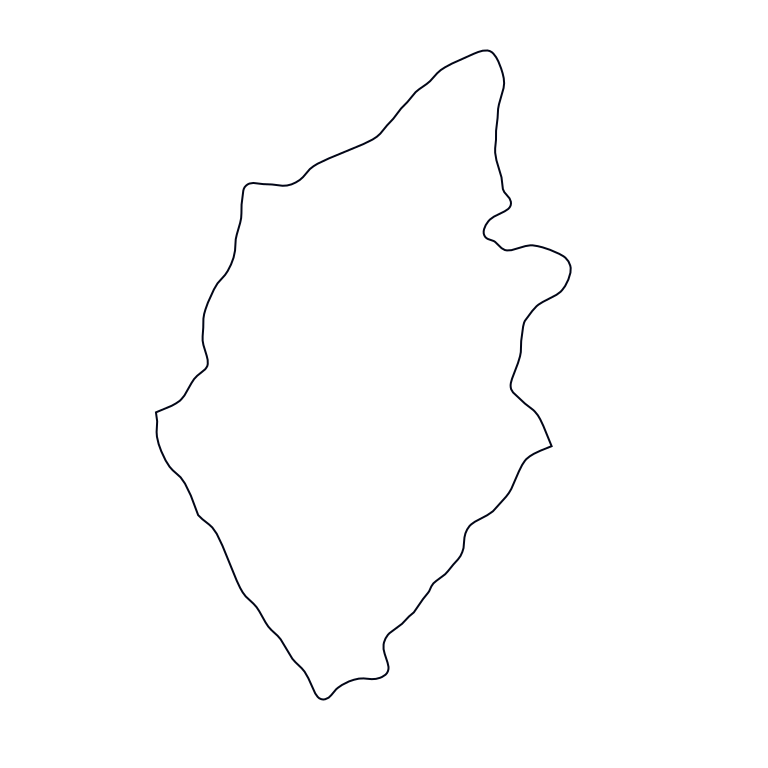 outline of Quisquella, San Pedro de Macorís, Dominican Republic, rotated 67°
{"feature_id": "3306468B80132338687245", "entity_name": "Quisquella", "entity_type": "district", "adm_level": 2, "iso_a3": "DOM", "parent_name": "Dominican Republic", "parent_adm1": "San Pedro de Macorís", "projection": "orthographic", "projection_center": [-69.415, 18.546], "detail": "fine", "context": "isolated", "style": "outline", "palette": "ink", "viewbox_px": 768, "rotation_deg": 67, "n_neighbors": 0, "source": "geoboundaries", "source_scale": "gbopen_adm2", "svg_char_len": 3321}
<svg xmlns="http://www.w3.org/2000/svg" viewBox="0 0 768 768"><g transform="rotate(67 384 384)"><path d="M506.7,254.0L484.8,253.7L477.5,254.0L472.9,254.6L468.4,255.9L466.4,256.7L457.1,261.9L442.2,268.5L438.5,269.0L436.4,268.6L434.5,267.9L432.6,266.8L429.2,264.1L417.1,252.5L411.7,248.0L408.1,245.6L398.0,240.9L385.5,233.5L382.3,231.1L380.9,229.6L374.7,219.0L372.0,213.2L371.3,210.8L370.5,205.7L369.3,190.4L368.1,185.4L367.1,183.2L364.6,179.0L359.9,173.5L354.4,168.9L350.1,166.8L347.8,166.3L343.2,166.3L338.6,167.7L336.5,168.9L332.6,171.9L325.3,178.8L320.2,184.6L317.2,188.6L314.5,192.9L313.5,195.2L312.3,200.0L310.6,214.4L309.1,218.6L307.9,220.4L304.9,222.7L296.6,226.2L295.3,227.1L291.2,231.6L289.9,232.6L288.4,233.3L286.5,233.6L284.4,233.4L282.4,232.6L280.6,231.4L277.5,228.3L275.0,224.4L274.0,222.2L272.9,217.4L272.2,205.5L271.4,201.2L270.5,199.3L269.2,197.7L267.5,196.6L265.8,196.0L262.2,195.9L254.4,198.3L251.0,198.4L239.7,195.1L222.0,193.1L214.5,191.3L210.5,189.6L203.0,185.5L194.7,181.9L183.5,175.5L175.4,171.5L171.5,168.9L158.3,158.3L154.1,155.9L149.3,154.3L144.3,153.4L139.3,152.9L131.8,152.7L127.1,153.1L122.7,154.2L120.7,155.1L118.8,156.6L117.4,158.5L115.8,162.8L115.2,167.5L115.1,172.5L115.6,196.2L116.3,204.0L117.2,209.1L118.7,213.6L123.2,223.2L124.5,227.5L126.4,236.5L127.7,240.9L133.6,252.3L137.1,260.7L143.5,271.9L147.1,280.1L152.1,289.6L153.6,294.0L154.5,299.0L155.1,309.4L154.8,346.5L155.3,359.1L156.0,363.8L157.2,368.3L161.9,377.7L163.3,381.9L164.0,386.5L164.1,391.1L163.4,395.7L161.9,399.9L156.6,409.1L152.8,417.1L147.9,425.7L146.9,429.6L147.0,431.6L147.5,433.5L148.4,435.4L149.7,436.9L151.1,438.0L163.2,445.0L171.3,448.6L175.5,450.7L179.4,453.4L188.9,461.1L192.8,463.9L203.0,469.0L208.9,473.1L214.2,478.1L218.9,483.7L221.5,487.7L226.3,497.9L230.5,503.6L240.3,514.3L245.6,519.2L249.3,522.2L253.3,524.7L261.6,528.4L269.2,532.3L273.2,534.0L277.6,535.0L288.8,536.2L292.9,536.9L296.7,538.4L298.4,539.6L299.6,541.2L300.6,542.9L303.4,552.7L305.2,556.8L307.8,560.7L316.6,572.2L318.8,576.4L319.7,578.6L320.6,583.2L321.1,588.0L321.0,605.0L329.8,607.4L339.4,612.1L343.8,613.6L351.2,614.9L358.8,615.3L369.1,614.9L376.4,613.7L380.8,612.2L390.4,607.7L397.9,606.1L411.3,605.4L432.1,606.3L437.5,604.0L445.0,599.9L449.0,598.1L456.5,596.5L469.7,595.9L507.5,596.4L515.4,596.1L520.6,595.5L525.5,594.3L535.2,590.0L539.6,588.5L544.5,587.6L557.2,586.2L562.1,585.3L566.5,583.8L574.2,580.3L578.6,578.9L601.2,575.7L605.6,574.2L613.5,570.8L617.8,569.5L625.2,568.6L642.0,568.2L646.1,567.3L648.0,566.4L649.6,564.9L650.7,563.2L651.2,561.3L651.1,557.5L649.8,554.1L646.3,547.3L645.6,545.0L644.6,540.1L644.1,532.4L644.5,527.2L645.4,522.2L647.0,517.9L650.9,510.6L652.3,506.6L652.9,502.4L652.9,500.3L652.2,496.2L651.3,494.3L650.0,492.7L648.2,491.3L646.2,490.4L641.9,489.6L632.6,488.8L627.9,488.0L623.7,486.2L621.9,485.0L618.8,482.0L616.4,478.4L615.5,476.3L611.8,461.1L607.7,451.7L605.9,445.8L597.2,432.1L593.4,425.0L592.4,423.4L588.8,419.5L586.8,416.4L585.6,412.6L583.0,402.0L581.2,398.1L577.2,390.6L574.4,384.5L572.2,380.8L569.3,377.6L566.1,374.9L556.7,369.9L553.3,367.4L550.4,364.3L548.1,360.7L547.3,358.6L546.3,354.1L545.1,340.2L543.7,333.4L535.4,315.6L533.1,311.6L530.3,307.8L517.1,293.9L512.5,288.5L509.9,284.6L508.8,282.5L507.5,278.0L506.8,273.3L506.5,266.1L506.7,254.0Z" fill="none" stroke="#020617" stroke-width="2"/></g></svg>